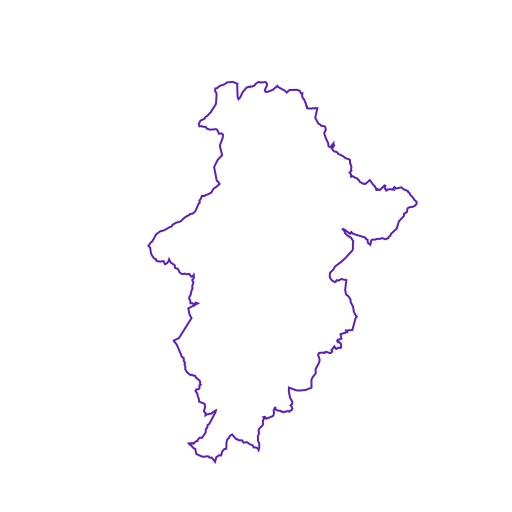 Atemajac de Brizuela, Jalisco, Mexico (Robinson projection), rotated 235°
{"feature_id": "50627088B86434321142038", "entity_name": "Atemajac de Brizuela", "entity_type": "district", "adm_level": 2, "iso_a3": "MEX", "parent_name": "Mexico", "parent_adm1": "Jalisco", "projection": "robinson", "projection_center": [-103.741, 20.179], "detail": "fine", "context": "isolated", "style": "outline", "palette": "violet", "viewbox_px": 512, "rotation_deg": 235, "n_neighbors": 0, "source": "geoboundaries", "source_scale": "gbopen_adm2", "svg_char_len": 6151}
<svg xmlns="http://www.w3.org/2000/svg" viewBox="0 0 512 512"><g transform="rotate(235 256 256)"><path d="M151.4,133.4L145.2,121.3L145.4,119.6L143.2,117.4L142.9,115.5L140.3,113.5L138.0,107.3L139.5,105.7L138.7,102.6L138.0,102.0L138.7,100.1L138.1,97.0L139.3,96.6L141.0,93.4L139.1,93.6L138.2,94.4L137.2,94.2L133.8,94.8L133.0,95.6L128.0,93.6L122.7,96.7L121.1,98.7L120.0,101.1L119.0,102.2L118.0,102.1L117.2,102.7L116.3,104.1L110.9,104.5L114.0,108.1L113.9,111.7L112.7,112.8L113.2,113.8L115.1,116.0L115.6,117.3L116.0,119.3L115.2,121.1L120.1,124.8L121.8,126.7L122.5,128.4L122.3,129.2L123.6,131.3L123.5,134.0L117.2,134.8L116.5,135.8L115.2,135.9L112.8,139.0L111.1,138.6L110.1,138.9L108.7,141.9L105.5,142.9L102.7,144.7L100.5,144.3L99.2,146.2L97.5,147.0L95.5,146.8L97.6,149.1L100.5,151.1L103.5,151.7L107.2,154.1L109.2,157.0L111.4,157.8L112.4,159.2L113.0,160.9L113.3,163.7L114.3,165.5L115.8,166.1L117.3,167.5L118.1,168.9L118.0,169.8L119.7,169.7L119.1,171.1L117.2,171.0L116.7,171.4L115.2,177.9L115.6,179.1L116.9,180.5L119.6,182.1L120.9,184.5L120.5,184.9L118.9,184.1L117.2,184.9L115.1,187.3L113.2,187.9L112.7,189.2L111.8,189.6L111.3,191.9L110.6,193.3L109.4,193.9L109.7,195.0L109.3,196.6L109.9,198.2L112.8,198.9L113.9,198.6L114.1,201.0L116.2,202.2L120.5,202.6L126.5,205.4L129.3,207.6L123.0,211.8L121.2,213.9L117.9,219.5L116.4,225.3L116.5,226.1L122.8,230.4L124.3,233.1L125.6,237.6L129.2,240.0L132.6,246.7L134.4,248.5L135.7,249.1L139.4,250.1L140.4,252.2L138.4,255.5L137.5,256.1L137.3,256.8L137.7,256.9L137.2,258.6L134.2,260.7L133.7,261.6L133.9,263.6L135.5,263.7L137.0,268.4L134.3,268.1L133.7,268.6L133.7,270.8L132.1,272.8L134.3,274.8L135.6,275.2L137.7,274.7L138.2,273.8L139.2,274.6L139.6,273.8L140.2,274.1L140.5,274.9L139.2,278.5L143.5,280.3L141.4,286.9L143.3,287.0L140.1,292.5L147.8,301.7L148.7,303.9L150.3,303.6L154.3,304.2L158.7,306.4L164.0,307.1L166.1,308.5L170.3,308.6L172.8,307.7L177.1,309.6L184.4,316.2L188.3,312.5L188.5,309.4L189.9,308.3L189.7,307.3L189.2,306.7L189.4,305.6L192.1,304.3L194.2,304.0L197.0,304.6L199.8,307.0L200.5,311.4L202.1,314.9L202.3,322.3L203.0,327.8L205.3,338.3L206.2,339.4L211.1,342.9L212.2,344.2L216.6,344.3L220.7,342.5L224.1,342.1L225.7,342.8L228.9,342.1L227.0,343.6L220.3,345.8L220.1,346.4L220.9,347.1L220.9,347.9L218.4,348.3L208.7,355.9L207.8,356.1L207.0,355.8L205.4,356.7L203.5,355.6L202.2,355.3L199.6,356.1L202.7,359.4L202.6,360.9L201.2,362.8L200.3,365.4L199.0,367.2L198.6,368.8L197.8,370.0L195.4,371.7L194.8,374.7L195.3,375.0L195.6,376.2L195.5,377.7L196.7,379.4L197.7,386.9L202.5,393.0L203.8,399.7L204.3,400.6L205.7,401.3L205.5,404.9L208.1,407.4L207.9,409.8L206.6,412.1L206.0,414.4L206.5,417.2L207.3,418.1L208.2,418.6L211.6,417.8L213.2,418.2L217.3,417.5L220.0,417.8L221.1,417.3L221.9,417.7L226.4,415.0L228.8,414.5L231.0,409.2L232.9,409.1L233.1,408.4L232.3,407.0L231.3,406.8L233.4,404.7L235.6,400.9L234.8,400.6L235.0,400.1L238.5,400.7L239.2,402.2L240.1,401.8L239.0,395.4L241.3,393.6L240.5,393.3L241.0,392.5L241.5,392.5L241.9,393.5L243.4,392.9L244.7,393.4L247.4,392.8L252.9,392.8L252.3,387.1L253.2,386.1L253.1,385.7L257.3,383.5L258.9,383.9L259.7,383.4L261.5,383.5L262.1,382.7L266.3,380.7L266.3,379.4L267.2,379.6L268.5,380.7L270.6,380.4L271.1,383.0L271.7,382.9L274.2,385.2L276.9,386.2L277.7,386.0L280.6,388.0L281.3,388.0L285.2,385.2L287.5,384.8L292.8,381.8L293.9,382.1L294.9,381.7L296.7,380.2L298.4,379.7L300.4,379.9L301.7,383.5L303.0,383.5L303.9,384.1L302.4,379.3L304.3,378.3L306.8,379.8L312.2,380.7L316.8,382.0L317.7,382.6L319.5,385.7L321.9,386.7L322.7,386.7L325.3,384.1L326.4,384.1L328.8,383.0L335.2,383.8L341.9,391.0L343.0,389.9L343.3,388.4L344.7,387.0L344.9,386.0L347.5,382.7L348.4,382.7L349.3,383.5L350.3,383.3L351.2,384.0L356.7,385.2L358.9,385.0L360.9,385.7L362.7,387.4L363.4,386.1L366.3,386.6L368.6,384.9L372.3,379.4L372.8,378.2L372.2,375.0L375.0,374.4L381.8,371.0L383.0,371.2L382.5,364.7L383.9,359.4L385.0,358.0L386.8,358.3L389.4,362.8L391.2,363.9L393.2,363.4L395.2,359.6L397.1,358.0L397.2,354.1L396.5,352.3L396.9,350.3L398.0,348.8L397.8,347.7L398.8,347.3L399.3,344.5L397.8,338.9L395.0,334.1L394.5,331.6L396.7,332.1L407.7,339.2L407.0,340.0L412.0,336.8L414.8,331.8L414.7,328.6L415.9,324.8L416.1,322.1L415.8,320.5L416.5,318.7L414.4,317.0L412.3,317.1L410.4,315.9L404.4,311.2L403.2,309.8L399.7,301.2L398.7,296.2L398.9,294.6L398.0,292.6L398.7,288.1L396.9,284.8L394.6,284.0L393.7,285.8L392.5,286.5L390.6,288.9L388.4,288.8L385.7,291.0L382.9,295.9L381.7,296.6L377.3,295.8L376.2,298.1L374.3,298.6L371.7,296.3L367.9,290.6L366.4,289.3L358.0,286.1L356.8,279.9L352.9,272.7L341.0,267.4L339.6,267.1L338.5,267.6L335.9,267.5L335.4,263.7L335.5,259.9L333.6,255.6L334.1,251.7L334.8,249.9L334.6,248.3L336.3,246.2L334.6,243.8L333.8,241.4L332.0,240.6L331.6,238.7L327.7,232.5L327.1,230.3L327.1,228.2L328.2,225.9L327.8,224.6L328.3,222.5L328.4,219.2L327.6,214.1L329.2,209.2L329.4,205.3L328.9,204.8L328.6,203.4L329.2,201.5L329.7,195.6L331.1,191.8L331.1,187.6L331.0,186.5L328.4,181.5L328.2,180.5L327.5,179.7L327.4,177.4L326.0,173.7L323.5,174.1L318.9,171.7L316.9,171.2L312.5,171.1L310.6,172.3L309.3,171.6L308.5,172.0L306.3,174.4L304.9,177.3L301.4,176.8L301.1,178.9L301.9,181.4L303.1,182.9L299.6,182.4L295.0,184.1L292.8,182.9L291.9,183.2L290.6,184.6L286.4,184.1L284.9,184.4L283.2,185.5L282.4,187.6L280.8,188.7L279.5,191.1L276.1,191.1L275.7,192.1L276.2,194.2L274.1,192.8L273.3,191.8L273.0,190.2L271.9,189.5L270.9,189.8L270.1,189.5L268.0,186.5L265.9,185.5L264.6,183.3L261.3,179.6L260.7,177.9L259.7,177.0L256.6,176.3L254.9,175.2L253.9,176.8L252.5,177.2L251.6,178.6L252.5,179.7L250.6,181.1L251.2,176.7L250.9,176.6L251.3,175.6L251.9,170.5L246.2,168.0L242.1,167.5L232.9,145.7L233.9,140.4L233.7,139.9L228.9,140.3L215.8,137.5L213.8,138.2L211.3,136.6L210.4,136.8L208.9,136.4L208.5,135.4L205.7,134.6L204.8,133.7L203.4,133.0L200.1,132.8L195.9,134.1L195.6,135.4L194.1,136.0L193.0,137.3L189.9,137.1L189.6,137.6L185.4,138.3L183.5,137.0L182.3,137.0L182.5,135.5L179.9,133.7L180.0,131.8L181.0,130.5L180.1,129.0L176.7,128.9L174.0,127.7L172.2,127.4L169.3,125.9L164.4,129.1L161.3,127.6L159.8,125.4L158.3,124.2L156.5,124.7L154.5,123.2L154.6,124.9L153.8,125.7L153.6,127.1L152.4,129.2L152.8,131.0L152.5,134.5L151.4,133.4Z" fill="none" stroke="#5b21b6" stroke-width="2"/></g></svg>